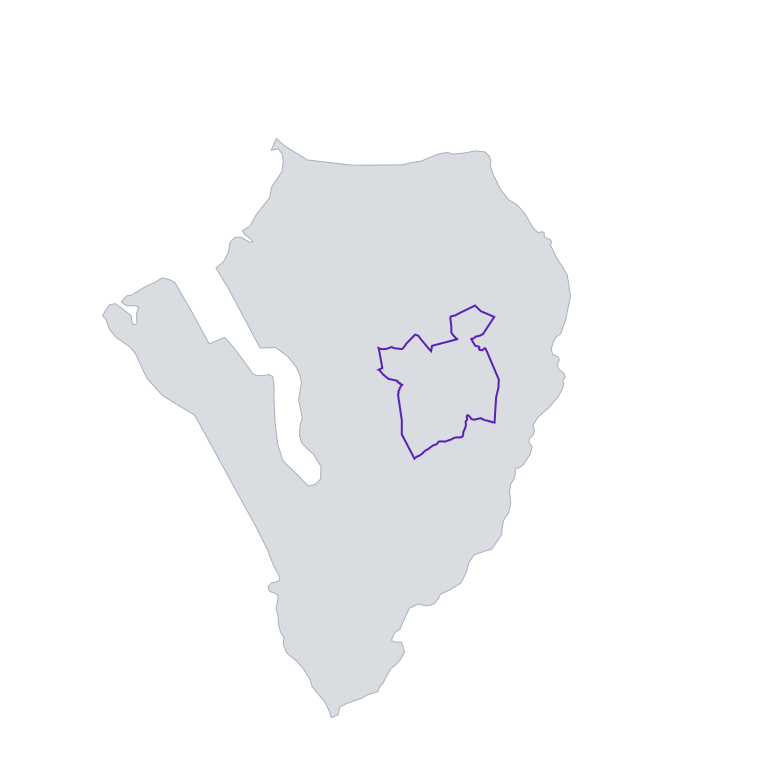 Ranerou, Matam, Senegal shown in context, rotated 61°
{"feature_id": "50182788B34306626760019", "entity_name": "Ranerou", "entity_type": "district", "adm_level": 2, "iso_a3": "SEN", "parent_name": "Senegal", "parent_adm1": "Matam", "projection": "robinson", "projection_center": [-14.026, 15.106], "detail": "fine", "context": "in_parent", "style": "outline", "palette": "violet", "viewbox_px": 768, "rotation_deg": 61, "n_neighbors": 0, "source": "geoboundaries", "source_scale": "gbopen_adm2", "svg_char_len": 8723}
<svg xmlns="http://www.w3.org/2000/svg" viewBox="0 0 768 768"><g transform="rotate(61 384 384)"><path d="M572.5,353.7L580.7,369.7L578.9,377.3L577.1,388.4L581.7,396.6L587.1,401.8L591.0,406.7L595.3,413.4L596.0,426.8L595.2,436.4L598.0,440.7L600.4,446.2L599.9,450.8L598.4,454.9L593.2,460.2L592.3,470.2L600.8,482.3L606.2,488.9L606.2,492.7L607.7,496.8L611.7,501.7L614.2,500.5L616.8,496.6L618.1,493.9L625.3,495.1L628.8,496.3L633.4,504.2L635.2,509.5L636.3,516.1L641.2,524.3L645.4,530.1L646.3,533.8L650.1,538.7L647.8,549.6L648.1,555.2L645.5,569.8L645.0,576.8L645.1,579.3L650.9,584.5L650.3,591.9L644.5,590.6L634.3,589.8L613.9,593.6L606.9,592.1L593.6,592.6L584.1,594.7L572.0,599.5L562.6,598.3L557.5,594.5L550.9,594.8L543.3,592.8L535.3,589.1L528.0,587.2L520.1,580.5L516.4,579.3L513.8,581.1L511.6,583.3L509.3,584.7L505.1,583.5L503.4,578.9L504.8,574.4L505.2,571.1L503.2,569.2L498.3,568.6L490.5,568.6L478.0,567.3L475.1,566.4L447.0,565.2L417.9,565.1L393.2,565.0L362.0,564.8L340.1,564.7L319.6,564.7L303.8,573.7L286.7,583.4L263.7,588.6L237.2,586.7L228.8,588.1L220.0,592.4L213.6,595.6L204.4,597.5L192.7,595.9L187.9,596.9L184.9,592.4L181.6,585.2L183.7,579.9L190.9,576.5L201.7,572.1L207.4,574.4L210.7,574.5L211.3,571.6L210.3,570.1L202.1,566.2L197.9,561.1L194.4,564.1L191.4,570.4L188.8,572.3L185.2,574.0L183.1,569.8L182.2,565.6L183.9,562.4L183.1,544.5L184.1,534.9L183.6,526.6L188.7,521.1L193.6,517.7L212.5,517.4L230.1,517.1L247.0,517.3L264.3,517.4L266.0,500.7L271.5,499.4L279.7,497.7L294.9,495.7L311.9,493.7L315.5,490.4L318.3,484.9L320.1,479.9L323.6,477.8L328.4,479.5L334.6,482.1L341.0,486.1L348.4,489.9L353.4,492.2L365.2,498.1L385.4,506.3L402.1,509.6L422.2,503.6L436.7,499.7L438.5,492.5L436.3,485.5L425.5,479.1L410.7,479.8L406.2,481.6L399.4,483.7L395.2,484.5L388.3,483.0L379.5,477.5L374.0,471.9L366.2,469.3L357.0,466.7L342.3,455.2L334.6,453.1L327.3,452.5L313.4,454.8L299.7,460.9L292.5,474.9L278.8,474.7L249.8,474.2L223.2,473.8L201.2,474.8L199.0,464.6L193.8,456.6L185.3,449.7L183.5,443.3L186.4,437.7L194.6,433.1L196.4,429.9L192.2,430.4L185.7,433.3L181.4,433.5L180.9,424.6L173.7,413.2L165.7,393.9L156.6,386.0L148.9,370.4L140.9,364.4L133.5,361.6L127.2,362.2L124.9,369.3L117.1,359.1L127.8,355.4L150.8,342.5L177.3,305.7L201.0,262.1L204.1,251.8L207.0,243.9L209.0,226.1L212.4,215.5L215.6,213.5L219.6,205.3L224.5,191.0L230.0,183.1L236.1,181.5L240.8,182.2L244.2,185.2L254.2,187.0L270.7,187.7L283.4,185.6L292.4,180.6L304.2,178.1L318.9,178.0L326.6,175.9L327.3,171.9L329.3,170.6L332.3,172.2L335.2,171.6L337.9,168.7L340.6,168.5L343.2,171.0L355.5,171.8L377.4,170.8L397.6,178.3L416.1,194.2L425.6,204.9L426.2,210.3L429.3,215.6L434.9,221.1L439.9,222.1L444.5,218.7L448.1,219.0L450.8,223.2L456.0,224.0L461.9,221.5L466.1,222.3L466.9,224.8L467.9,226.1L470.7,226.7L474.5,229.9L479.9,238.4L484.3,250.2L487.7,265.4L492.2,273.7L497.7,275.0L500.9,278.2L501.6,281.8L503.2,284.2L505.9,285.6L510.6,284.8L516.1,289.9L522.0,301.1L522.9,306.1L522.0,308.8L522.4,310.8L526.3,312.7L530.0,316.3L533.0,321.8L539.6,326.7L549.7,330.9L556.9,337.3L561.4,345.8L570.6,352.9L572.5,353.7Z" fill="#d9dde1" stroke="#a8b0b8" stroke-width="1"/><path d="M471.3,306.0L450.0,292.4L442.7,285.7L435.7,281.4L406.0,278.3L402.0,278.1L401.6,278.6L401.5,278.9L401.5,279.3L402.1,281.4L402.2,281.6L402.2,281.8L401.7,282.2L401.5,282.5L401.0,283.4L400.8,283.7L400.6,283.8L400.0,283.8L399.6,283.9L399.3,283.9L399.1,283.7L398.9,283.2L398.5,283.0L398.1,282.8L397.5,282.8L396.6,283.6L394.6,285.7L393.9,285.7L386.9,285.9L386.9,285.7L387.0,285.2L387.5,284.2L387.5,283.9L387.4,282.8L387.1,280.9L387.1,280.6L387.1,280.4L387.2,279.9L387.4,279.4L388.0,277.3L388.3,276.7L388.3,276.4L388.2,275.5L388.1,275.1L388.1,274.8L388.2,274.6L388.4,273.4L378.8,255.1L375.0,257.9L367.5,263.9L359.5,266.4L358.6,283.2L358.6,288.3L357.3,292.5L358.3,294.0L359.9,294.6L362.4,295.7L365.7,296.9L368.7,298.5L370.9,299.9L373.0,300.2L375.2,299.7L379.3,298.8L380.5,297.5L373.9,323.5L376.1,325.2L378.1,326.9L375.5,327.6L362.5,330.1L358.5,330.5L355.9,332.8L359.3,344.3L361.9,349.8L362.1,351.5L357.4,358.0L355.4,359.2L354.4,365.3L352.4,369.1L351.1,370.4L349.9,371.3L352.4,372.0L362.0,375.3L369.2,377.7L369.0,381.6L369.2,381.4L369.3,381.4L369.6,381.4L370.0,381.3L370.5,381.2L371.0,381.0L371.3,381.0L371.9,380.8L372.2,380.8L372.6,380.7L373.4,380.5L373.6,380.4L374.9,380.3L375.1,380.2L375.3,380.2L375.8,380.0L376.1,379.8L376.6,379.7L376.8,379.5L377.0,379.5L377.4,379.3L377.7,379.3L377.9,379.1L378.2,379.0L379.3,378.6L379.5,378.4L379.8,378.4L380.0,378.3L380.6,378.1L381.1,377.8L381.4,377.7L381.6,377.7L381.8,377.6L382.1,377.1L382.2,376.9L382.4,376.8L382.6,376.6L382.8,376.4L383.1,375.9L383.3,375.8L383.4,375.6L383.5,375.6L383.9,375.1L384.2,374.7L384.7,374.2L384.9,373.9L385.2,373.6L385.3,373.4L385.7,373.0L385.9,372.9L386.2,372.4L386.4,372.3L386.5,372.2L386.8,371.9L387.1,371.4L387.3,371.3L387.4,371.1L387.6,370.8L387.7,370.7L387.8,370.7L388.4,370.9L388.9,371.0L389.5,370.9L389.6,370.7L390.2,370.3L390.4,370.1L390.7,370.1L390.8,370.0L391.0,370.0L391.0,369.8L391.3,369.8L391.4,369.7L391.6,369.8L392.0,369.7L392.4,369.3L392.8,369.0L393.1,369.0L393.3,368.9L393.5,368.6L394.0,369.4L394.1,369.6L394.1,370.1L394.2,370.3L394.8,371.6L394.9,371.8L395.0,371.9L395.1,372.1L395.4,372.3L395.9,372.9L396.3,373.0L396.5,373.2L397.0,374.5L397.4,374.9L397.7,375.0L397.9,375.3L398.2,375.2L398.8,375.5L399.0,375.6L399.5,376.2L399.6,376.5L399.8,376.8L400.9,377.2L401.2,377.2L401.4,377.3L402.2,377.7L402.5,377.7L403.0,377.9L403.2,378.1L403.4,378.1L403.8,378.3L404.7,378.6L404.9,378.7L405.2,378.9L406.1,379.1L406.5,379.3L406.8,379.4L407.2,379.5L407.3,379.6L407.6,379.6L407.9,379.8L408.5,379.9L408.7,380.1L408.9,380.1L409.4,380.4L410.7,380.8L411.1,381.0L411.3,381.1L411.5,381.2L412.6,381.6L412.9,381.7L413.2,381.8L413.6,381.9L414.0,382.1L414.4,382.3L414.8,382.4L415.2,382.6L416.4,383.0L416.6,383.1L416.8,383.2L417.4,383.4L418.9,384.0L419.1,384.0L419.6,384.2L420.3,384.5L420.8,384.6L421.5,385.0L423.1,385.5L423.4,385.5L425.7,386.8L428.0,388.0L430.2,389.3L436.8,392.9L439.4,392.9L441.0,393.0L443.1,393.0L444.5,393.1L445.4,393.0L447.2,393.1L450.7,393.2L451.5,393.3L452.4,393.3L454.9,393.3L464.0,393.6L463.8,393.2L463.8,392.5L463.6,391.9L463.6,391.6L463.6,391.2L463.5,390.5L463.5,389.7L463.6,389.4L463.7,388.8L463.8,387.7L463.7,387.5L463.8,387.2L463.7,387.0L463.7,386.4L463.6,385.2L463.5,384.7L463.2,384.0L463.1,383.2L462.8,382.5L462.7,382.0L462.3,380.1L462.2,379.2L462.3,377.9L462.4,377.3L462.4,376.7L462.2,375.9L462.0,375.2L461.9,373.9L461.7,373.1L461.7,372.7L461.7,372.0L461.6,371.5L461.5,371.1L461.5,370.7L461.8,370.1L461.8,369.9L461.9,369.6L461.8,369.2L462.0,368.4L462.1,367.7L462.1,367.0L462.0,366.7L461.7,366.2L461.7,365.8L461.4,365.2L461.0,364.6L461.0,364.2L461.0,363.7L461.3,363.0L461.5,362.5L462.1,361.6L462.4,360.8L462.9,360.2L463.0,359.9L463.4,359.4L463.7,359.3L463.8,359.1L463.8,358.8L464.0,358.2L464.2,356.9L464.3,356.5L464.5,355.5L464.6,355.2L464.5,354.5L464.6,354.2L464.8,353.9L464.9,352.7L465.2,352.2L465.1,351.9L465.2,351.4L465.1,350.9L465.1,350.7L465.1,350.1L465.1,348.8L465.5,347.7L465.6,347.1L465.9,346.6L466.1,346.1L466.3,345.5L466.6,345.1L467.0,344.5L467.4,344.0L467.5,343.5L467.7,343.1L467.8,342.5L467.9,342.4L468.0,341.9L467.9,341.7L468.0,341.4L467.9,340.9L467.8,340.6L467.7,340.2L466.9,339.5L466.4,339.2L465.9,338.9L465.3,338.4L464.7,338.1L464.4,337.9L464.2,337.5L463.7,337.0L463.3,336.4L463.2,336.2L462.9,335.8L462.9,335.7L462.8,335.4L462.6,335.3L462.5,335.1L462.0,334.9L461.9,334.8L461.7,334.6L461.4,334.0L461.3,333.7L461.1,333.5L460.8,333.2L460.4,332.9L460.2,332.6L459.2,332.2L458.5,331.7L458.2,331.6L457.9,331.4L457.7,331.3L457.0,331.2L456.9,331.2L456.2,330.5L456.0,330.2L456.0,329.8L455.9,329.7L455.8,329.3L455.5,328.9L455.4,328.7L455.2,328.6L455.0,328.4L454.9,328.3L454.7,328.1L454.4,328.0L453.7,327.7L453.4,327.7L452.9,327.5L452.6,327.5L452.3,327.3L452.2,327.1L451.8,326.5L451.9,326.1L452.2,325.7L452.3,325.6L452.5,325.3L453.0,325.2L453.3,325.1L453.9,325.0L454.0,324.9L454.3,324.9L454.6,324.8L454.8,324.8L455.5,324.7L455.9,324.6L456.3,324.7L456.7,324.6L456.9,324.4L457.3,324.2L457.5,324.0L457.6,323.8L457.8,323.7L458.3,323.3L458.5,323.1L458.7,322.8L458.7,322.6L459.4,321.1L459.4,320.8L459.6,320.5L459.7,320.1L459.7,319.8L459.8,319.3L460.0,318.4L460.2,317.8L460.4,317.4L460.5,317.3L460.7,316.2L460.9,316.1L461.0,315.7L461.3,315.5L461.7,315.2L461.9,315.0L462.5,314.7L462.6,314.8L462.7,314.6L463.0,314.5L463.2,314.3L463.4,314.2L464.4,313.4L464.5,313.2L465.0,312.8L465.2,312.6L465.6,312.2L465.9,311.6L466.2,311.2L466.5,311.1L466.8,310.8L467.0,310.7L467.3,310.5L467.4,310.2L467.6,310.1L467.7,309.9L467.8,309.7L468.2,309.5L468.4,309.3L468.6,308.7L468.8,308.6L469.2,308.5L469.4,308.3L469.6,308.3L469.7,308.2L469.9,308.1L470.0,307.8L470.3,307.1L470.5,306.8L470.9,306.4L471.1,306.2L471.3,306.0Z" fill="none" stroke="#5b21b6" stroke-width="2"/></g></svg>